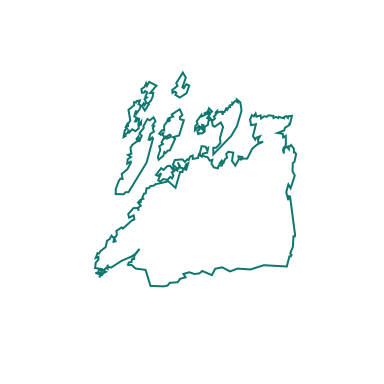 outline of Fitjar nor, Hordaland, Norway, rotated 55°
{"feature_id": "86288312B29955336638723", "entity_name": "Fitjar nor", "entity_type": "district", "adm_level": 2, "iso_a3": "NOR", "parent_name": "Norway", "parent_adm1": "Hordaland", "projection": "orthographic", "projection_center": [5.282, 59.896], "detail": "fine", "context": "isolated", "style": "outline", "palette": "teal", "viewbox_px": 384, "rotation_deg": 55, "n_neighbors": 0, "source": "geoboundaries", "source_scale": "gbopen_adm2", "svg_char_len": 6060}
<svg xmlns="http://www.w3.org/2000/svg" viewBox="0 0 384 384"><g transform="rotate(55 192 192)"><path d="M307.4,157.1L300.6,149.1L301.4,147.9L300.7,146.6L298.7,146.8L294.8,140.8L286.5,134.3L287.3,133.3L286.5,132.3L252.0,114.3L250.9,115.1L253.9,117.8L246.2,114.9L241.1,108.7L245.5,109.1L237.5,98.4L232.6,97.7L226.2,92.9L226.0,90.7L220.6,84.9L217.6,85.2L218.9,86.4L215.1,83.7L210.3,83.9L210.8,85.9L210.0,86.6L212.4,88.1L209.0,88.5L209.5,91.3L208.7,91.6L213.2,94.7L209.7,93.3L208.6,91.8L208.3,89.7L206.2,87.3L199.7,83.0L199.6,86.0L196.4,84.3L192.7,88.1L194.4,81.1L192.7,78.9L193.0,74.1L191.2,72.4L193.0,73.4L187.0,66.5L185.3,69.4L186.4,70.9L184.0,71.1L183.4,73.4L184.4,74.4L180.2,77.8L180.9,79.0L178.7,80.1L178.1,82.8L176.3,81.7L173.0,85.5L173.3,87.7L171.3,89.5L171.5,93.2L168.6,91.9L167.2,96.0L164.2,94.9L165.5,97.9L163.4,98.8L165.9,102.8L171.2,105.3L173.1,100.7L181.2,110.0L185.4,110.2L184.4,108.2L185.4,104.4L186.9,107.8L189.7,109.4L191.6,104.9L190.5,111.1L191.0,117.6L196.3,127.6L193.5,131.6L193.6,134.2L192.0,130.9L189.4,133.6L192.0,134.7L195.2,141.4L189.4,141.4L183.4,135.6L179.9,139.2L180.5,142.2L184.0,143.5L184.1,146.3L186.0,149.1L183.3,149.5L184.5,152.8L186.2,150.6L187.4,152.4L185.7,155.2L187.5,157.2L184.4,160.0L179.9,159.8L177.3,156.9L176.6,159.5L172.6,159.2L168.4,162.6L166.8,161.2L168.5,157.0L165.2,153.6L165.3,155.4L162.7,154.9L160.0,157.8L164.8,163.5L167.6,164.1L165.3,165.0L167.6,167.6L165.3,172.4L162.5,170.5L161.9,173.2L163.9,176.4L162.5,177.0L163.4,180.6L159.8,181.1L156.0,187.7L158.7,192.0L161.2,191.3L160.6,194.6L162.7,194.6L162.8,194.9L158.0,194.9L156.6,197.5L157.6,202.7L154.8,203.6L157.3,211.7L159.3,210.6L158.9,206.5L163.0,213.0L165.1,211.9L164.9,208.2L168.0,205.0L167.1,201.1L169.4,200.5L167.8,197.8L164.3,197.3L164.8,194.7L162.6,193.6L165.8,191.9L163.2,191.0L165.2,189.8L164.2,188.7L165.1,187.6L159.5,186.7L165.9,187.2L168.5,184.7L166.0,180.8L166.2,178.6L170.5,183.9L167.9,186.2L170.2,188.3L168.8,190.3L179.1,203.1L168.6,205.5L169.1,206.9L164.6,217.6L165.0,219.3L163.3,222.7L164.1,225.3L162.8,227.0L166.6,230.8L165.8,232.2L167.9,235.7L169.6,235.7L168.8,238.1L170.8,239.7L170.5,241.6L169.3,240.6L169.6,242.3L173.9,241.8L173.9,245.1L176.7,246.5L174.0,245.6L171.6,249.2L173.5,256.9L177.0,258.2L177.7,253.2L181.4,255.0L180.8,257.7L182.3,269.6L180.6,269.9L180.6,276.4L183.8,277.9L185.0,280.3L184.4,281.9L188.5,282.9L187.8,284.8L185.3,282.5L181.6,282.9L183.4,286.6L183.2,289.5L187.6,294.4L187.9,300.7L189.1,303.6L187.9,304.5L190.9,308.8L191.5,305.9L193.7,307.4L194.6,311.3L198.7,315.0L203.6,309.9L204.5,309.9L202.5,312.8L204.2,315.5L202.8,317.5L205.7,315.5L205.3,311.3L208.8,317.0L207.8,314.3L208.6,313.3L207.6,311.7L208.0,308.3L205.5,309.8L204.9,305.8L206.5,305.2L203.2,302.9L205.3,303.7L207.5,301.6L208.0,289.0L210.2,278.5L211.2,279.0L210.1,278.1L210.3,274.4L208.5,267.5L211.2,276.0L213.7,277.8L212.7,279.8L214.6,281.7L213.5,284.3L214.9,286.2L217.3,283.3L222.4,282.1L229.2,274.7L245.1,279.9L253.0,269.4L254.6,265.7L253.7,262.3L257.7,255.4L256.3,251.6L258.2,246.2L254.2,246.0L256.2,240.2L260.6,237.0L262.9,232.7L262.6,228.9L271.5,223.4L268.2,217.1L271.0,210.5L278.8,206.5L280.9,198.6L289.0,188.5L293.2,175.1L307.4,157.1ZM113.0,181.3L108.8,180.7L109.1,185.4L106.7,186.7L110.2,194.1L111.8,194.7L113.8,201.3L117.0,200.9L120.6,206.6L115.7,203.9L116.7,207.0L119.0,207.4L119.1,213.8L120.6,217.1L125.9,219.8L124.9,223.1L128.4,221.9L128.3,225.9L131.6,228.8L131.9,224.8L133.0,225.3L136.3,231.9L136.9,239.2L141.5,241.4L140.0,242.9L140.8,245.3L145.8,252.7L149.9,255.7L154.6,249.4L154.1,246.5L155.7,244.1L141.9,212.4L125.9,193.3L124.5,193.3L125.2,196.7L124.3,197.5L120.5,192.7L120.7,188.5L117.2,187.5L116.3,185.2L114.9,186.3L113.0,181.3ZM146.3,101.0L142.3,102.1L144.6,103.1L142.2,104.1L142.8,106.9L141.9,107.8L143.7,108.8L142.7,111.6L144.3,112.1L143.7,113.6L144.9,116.1L143.2,116.1L145.1,119.5L144.2,120.7L146.4,122.6L143.3,121.5L141.4,124.9L142.1,127.2L140.1,125.2L140.4,126.9L142.7,128.8L142.6,130.8L145.0,131.1L145.3,134.9L149.5,137.0L151.5,136.1L151.6,128.5L156.6,129.3L163.8,138.1L168.3,140.7L169.6,146.9L168.0,149.2L173.4,152.9L168.6,127.8L163.9,117.5L153.7,104.7L146.3,101.0ZM123.4,155.7L117.2,154.6L116.9,164.2L119.4,164.2L118.1,169.2L119.2,171.1L120.2,170.8L119.4,168.6L120.7,169.1L120.8,170.3L119.9,171.7L121.6,176.7L125.7,179.5L124.2,181.0L125.4,185.4L127.4,184.7L127.0,180.8L128.0,183.3L130.7,183.1L132.1,180.7L132.1,177.5L133.4,176.9L134.5,178.4L133.9,181.9L131.8,184.3L134.0,188.6L136.0,188.2L135.7,192.6L139.2,193.7L143.8,199.9L146.4,200.8L145.9,194.8L143.4,191.7L145.0,191.2L144.2,188.1L145.2,186.2L138.7,175.2L136.1,176.3L138.3,170.1L128.5,157.5L125.7,160.0L123.7,158.9L123.4,155.7ZM87.1,182.2L85.8,185.2L86.6,186.5L85.2,187.9L87.7,189.6L88.3,196.9L98.2,201.7L99.4,205.3L102.0,207.1L99.4,206.3L100.9,209.2L102.6,208.8L102.9,211.7L107.8,216.6L108.1,214.3L106.4,213.4L106.7,210.3L104.3,208.4L107.2,209.1L106.4,204.9L109.6,203.6L109.4,199.2L107.1,197.8L107.5,195.1L105.3,193.4L106.4,196.1L105.7,197.0L101.7,193.3L100.5,194.2L102.2,197.3L101.6,198.2L99.4,194.8L96.9,195.9L93.1,191.1L95.8,192.3L93.9,186.9L91.7,184.3L89.4,185.4L87.1,182.2ZM94.8,131.5L88.9,131.0L93.8,142.5L96.8,143.0L97.0,149.6L99.6,151.1L99.6,148.7L101.8,147.9L102.9,149.9L107.6,147.9L108.0,139.8L103.2,133.2L100.5,134.8L102.3,139.2L100.8,139.8L94.8,131.5ZM137.5,129.4L133.2,130.1L135.3,133.1L134.8,136.1L136.7,135.1L135.7,140.6L134.2,140.0L136.8,147.5L139.3,148.4L139.8,151.4L143.1,154.1L141.9,148.9L144.2,149.4L143.0,148.0L144.5,147.5L144.5,145.8L142.9,145.2L144.0,144.3L146.0,146.8L144.5,148.2L145.1,152.6L149.0,154.0L147.6,152.7L149.8,150.3L149.8,147.0L146.7,147.6L148.3,146.0L146.0,144.4L146.1,140.5L143.0,137.4L143.9,134.5L140.4,134.9L141.2,136.6L140.2,137.2L138.8,133.2L137.1,134.0L135.8,132.1L137.9,132.2L137.5,129.4ZM84.5,160.1L77.2,164.0L79.2,168.0L76.6,167.2L78.7,170.6L78.7,174.4L81.9,176.1L83.1,174.4L82.5,172.4L84.7,171.5L87.2,175.6L88.7,174.7L88.7,177.6L92.3,178.1L93.7,181.0L91.7,180.9L93.1,183.6L98.2,183.9L95.4,177.1L93.5,177.7L94.3,176.7L93.6,173.4L91.7,169.9L88.6,166.9L86.9,169.5L84.5,160.1Z" fill="none" stroke="#0f766e" stroke-width="2"/></g></svg>